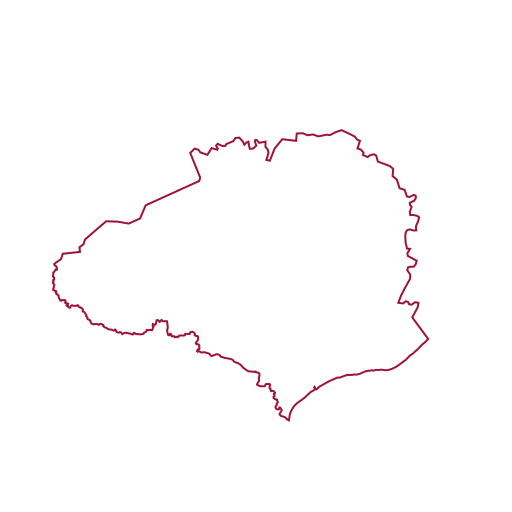 Ecilda Paullier, San José, Uruguay (Mercator projection), rotated 288°
{"feature_id": "84410073B50941503213986", "entity_name": "Ecilda Paullier", "entity_type": "district", "adm_level": 2, "iso_a3": "URY", "parent_name": "Uruguay", "parent_adm1": "San José", "projection": "mercator", "projection_center": [-57.073, -34.372], "detail": "fine", "context": "isolated", "style": "outline", "palette": "rose", "viewbox_px": 512, "rotation_deg": 288, "n_neighbors": 0, "source": "geoboundaries", "source_scale": "gbopen_adm2", "svg_char_len": 6092}
<svg xmlns="http://www.w3.org/2000/svg" viewBox="0 0 512 512"><g transform="rotate(288 256 256)"><path d="M110.3,335.8L110.5,335.9L109.9,338.1L115.8,337.1L118.6,337.2L122.6,337.9L126.4,339.2L129.4,341.0L134.2,344.6L137.0,346.4L143.4,349.9L147.4,353.5L149.1,351.9L149.6,352.0L149.1,352.8L148.2,353.4L147.8,353.4L147.7,354.0L147.9,354.3L147.8,354.6L151.7,357.0L159.8,364.5L165.7,371.2L166.1,373.0L171.2,379.6L171.4,380.9L172.4,383.3L172.5,384.1L173.4,385.4L173.8,386.4L173.8,387.0L174.4,388.2L174.4,388.7L176.3,391.4L179.3,394.8L180.5,396.3L181.5,398.1L182.0,399.6L183.1,401.1L183.0,402.4L184.9,405.7L185.4,407.7L186.7,410.4L187.3,414.2L188.1,416.3L189.5,418.6L190.7,420.2L193.6,423.2L196.6,425.6L203.6,430.6L209.0,433.2L211.8,435.5L213.5,436.3L216.5,438.2L223.1,441.4L227.3,444.0L230.3,445.4L245.9,423.6L257.0,425.6L261.7,425.0L261.2,421.6L257.8,419.0L257.4,416.7L259.2,414.9L259.3,412.5L256.3,410.5L255.5,405.8L263.5,406.2L273.0,407.8L281.9,409.6L286.0,408.4L289.3,404.2L292.2,404.1L293.5,406.1L294.6,409.4L297.4,410.4L301.2,410.3L302.9,400.6L305.2,399.1L310.4,400.3L309.7,397.4L314.9,394.2L321.3,391.7L324.6,391.1L327.3,391.8L328.8,393.9L329.0,398.2L329.9,400.5L333.5,398.9L338.4,399.4L343.2,399.2L344.0,396.8L343.6,393.0L342.6,390.1L345.6,388.6L350.8,388.8L352.0,386.8L354.1,385.8L357.5,389.4L360.6,390.1L362.7,389.2L362.9,387.2L359.6,383.8L359.2,381.2L364.9,376.8L364.8,371.6L372.1,366.4L374.2,361.2L381.2,359.6L382.9,355.5L383.4,342.8L388.7,339.2L389.2,336.7L386.8,333.0L384.6,331.7L385.1,326.6L387.6,326.3L389.6,322.9L389.7,319.3L397.6,319.3L397.9,316.3L400.1,313.0L401.1,307.0L402.1,298.5L398.6,293.7L393.7,288.8L393.4,286.2L389.0,278.2L389.2,272.7L386.8,267.7L387.2,262.6L385.1,256.9L377.9,258.5L375.2,244.9L364.0,240.5L350.9,239.7L350.6,236.2L358.1,236.0L360.8,234.3L362.7,231.3L367.7,229.7L364.6,224.1L366.5,220.9L366.2,219.5L364.4,219.6L361.1,222.2L357.4,220.1L356.0,217.0L359.2,215.0L362.4,213.5L361.2,212.0L358.3,210.5L360.9,208.0L363.4,203.5L361.9,200.0L358.2,198.9L353.3,193.2L351.3,192.9L350.2,189.9L350.9,184.9L348.7,183.9L346.3,186.5L345.1,186.3L344.9,180.5L337.2,178.5L337.3,171.1L339.2,168.6L339.2,164.5L333.7,161.6L313.3,178.7L309.8,178.8L270.1,135.4L255.8,134.1L247.5,124.9L245.9,113.8L242.7,102.7L218.9,88.3L213.8,88.3L209.8,85.4L205.5,87.3L198.4,71.5L192.7,71.5L186.3,66.6L185.5,66.8L185.1,67.4L184.6,68.3L184.4,69.5L182.4,70.6L181.3,70.8L181.1,70.5L181.5,70.2L181.3,69.7L178.3,68.9L177.8,68.3L175.6,69.0L174.9,68.8L174.0,69.0L173.5,69.5L173.2,70.6L172.8,70.9L172.5,70.8L171.6,71.2L171.0,71.1L170.5,70.6L169.9,70.6L169.1,71.4L168.0,71.0L167.5,71.1L166.6,72.9L166.2,73.2L164.6,73.1L164.0,73.4L161.9,73.3L161.2,73.5L160.8,73.8L161.1,74.9L160.8,75.4L160.9,76.0L160.8,76.7L160.2,77.1L159.5,76.8L158.8,77.8L157.9,78.1L158.0,79.4L157.5,80.4L155.7,81.1L153.3,83.6L153.2,84.4L153.6,84.9L154.1,85.0L155.0,88.1L154.9,88.4L154.6,88.7L152.6,88.9L152.5,89.2L152.7,90.7L152.5,92.0L152.1,91.9L151.6,92.1L151.4,91.6L150.7,91.0L150.2,91.3L149.9,92.2L150.0,92.6L149.2,93.9L149.2,95.0L151.5,95.5L152.3,96.2L152.2,97.2L152.4,98.6L153.0,100.4L153.9,101.2L154.1,101.7L153.9,102.2L153.6,102.2L152.8,103.6L152.7,104.4L153.0,105.3L152.6,105.8L152.3,107.3L151.5,107.9L150.4,108.0L149.9,108.2L149.7,108.6L149.8,109.4L149.4,110.5L147.9,112.0L147.2,113.1L146.1,113.2L145.4,114.7L144.1,115.1L143.9,115.5L143.6,117.8L143.3,118.4L142.5,118.8L141.4,119.8L140.8,121.0L141.0,121.7L140.7,122.4L142.2,125.4L141.9,127.5L142.1,127.9L142.8,128.1L143.3,128.8L143.6,130.3L143.2,131.1L143.3,132.1L142.2,132.3L141.4,134.0L141.5,135.1L140.7,138.4L141.3,141.4L141.1,143.9L141.5,144.3L142.5,144.7L142.5,145.1L141.7,146.1L140.6,146.9L140.6,148.8L140.8,149.4L141.4,149.8L141.7,151.0L140.5,152.8L140.4,153.1L141.6,153.9L142.9,156.0L142.8,157.2L143.1,158.1L143.0,158.6L143.4,160.4L143.1,161.9L143.3,163.1L144.9,163.4L145.3,163.9L145.2,164.3L144.9,164.4L144.7,166.4L145.4,168.1L145.5,169.6L146.6,172.2L147.2,173.0L148.6,173.3L150.0,174.9L151.9,174.9L152.0,175.1L152.1,176.3L153.2,178.6L153.2,179.9L154.6,180.3L156.1,180.1L156.6,180.4L157.1,180.4L157.5,180.3L157.9,179.1L159.4,179.0L159.2,180.2L159.5,181.2L160.0,181.7L164.3,181.4L164.6,181.8L164.6,183.0L164.4,183.8L163.7,184.3L163.5,184.7L164.3,185.3L165.7,185.7L166.0,186.0L165.4,186.9L165.2,187.8L165.9,189.6L166.4,191.6L161.2,194.0L159.7,194.4L158.5,194.2L157.9,194.4L154.5,196.2L153.7,197.0L153.7,197.5L153.9,198.2L154.4,198.5L155.3,198.2L155.5,198.5L155.3,199.7L154.6,199.9L153.6,200.7L153.7,201.3L154.2,202.2L154.4,203.2L153.7,203.8L154.0,204.7L154.6,205.1L154.8,205.5L154.6,206.9L156.4,207.5L157.1,208.8L158.0,211.8L158.7,212.8L159.0,213.0L160.1,212.8L160.6,214.3L161.1,216.7L161.4,217.0L162.8,216.9L163.5,217.5L164.2,218.7L164.1,220.6L163.1,221.9L161.7,222.2L161.4,223.6L161.8,225.0L161.6,225.5L161.0,226.0L158.5,226.8L154.6,225.6L153.7,226.7L154.1,227.5L154.1,228.9L153.5,229.6L152.6,230.1L151.8,230.0L150.8,230.8L150.0,230.8L149.3,229.7L147.9,229.2L147.2,229.4L146.9,230.1L147.6,230.8L147.8,231.4L147.3,234.0L148.6,236.7L148.5,238.1L148.7,238.9L148.8,240.4L148.3,242.6L147.3,243.5L147.2,244.9L150.4,248.7L150.7,250.2L150.5,252.2L149.3,253.5L149.5,255.5L149.4,257.7L150.2,263.3L150.2,264.8L149.9,266.3L148.7,267.7L148.5,271.0L148.5,272.2L147.7,275.2L145.7,278.5L144.1,283.7L144.1,284.9L145.4,290.3L145.2,290.7L145.4,291.3L145.9,291.5L145.5,292.7L145.8,294.2L145.3,295.4L144.4,295.9L142.8,296.3L140.6,296.4L138.5,297.5L134.3,296.6L133.9,296.8L133.5,299.5L133.5,300.6L134.1,302.1L134.4,303.5L134.7,304.3L135.2,304.7L135.7,304.9L136.6,304.7L137.4,305.2L137.7,306.4L138.3,307.7L138.2,308.9L137.6,309.4L136.6,309.2L134.7,309.7L134.3,309.9L133.9,311.1L132.3,311.7L132.2,312.6L132.9,313.6L132.9,314.6L131.7,316.4L131.2,316.5L130.3,315.6L129.9,315.7L128.8,316.9L128.1,316.9L127.3,316.2L126.6,316.4L126.1,316.9L125.8,318.1L125.7,318.7L126.0,320.3L124.9,320.9L123.9,321.9L123.4,322.0L121.9,321.3L120.8,321.8L119.0,321.1L117.9,321.4L117.4,321.8L116.8,322.8L116.9,324.5L117.2,325.0L117.8,325.4L119.1,325.0L119.3,325.2L119.3,325.7L117.7,327.9L117.1,328.2L113.2,327.2L112.6,327.4L111.7,328.9L111.6,333.6L110.3,335.8Z" fill="none" stroke="#9f1239" stroke-width="2"/></g></svg>